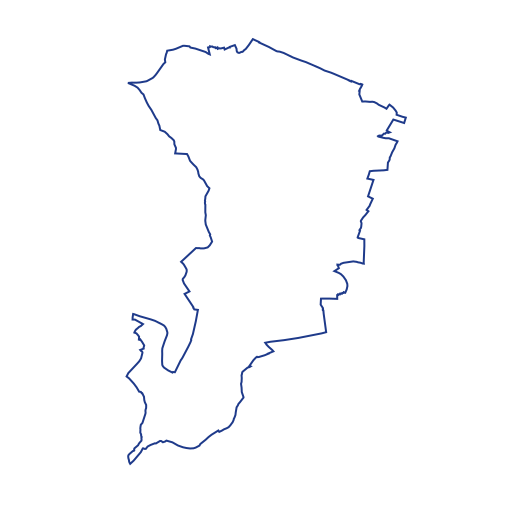 Ludus, Mures, Romania (Equal Earth projection), rotated 4°
{"feature_id": "2599482B95815218754215", "entity_name": "Ludus", "entity_type": "district", "adm_level": 2, "iso_a3": "ROU", "parent_name": "Romania", "parent_adm1": "Mures", "projection": "equal_earth", "projection_center": [24.067, 46.481], "detail": "fine", "context": "isolated", "style": "outline", "palette": "blue", "viewbox_px": 512, "rotation_deg": 4, "n_neighbors": 0, "source": "geoboundaries", "source_scale": "gbopen_adm2", "svg_char_len": 6049}
<svg xmlns="http://www.w3.org/2000/svg" viewBox="0 0 512 512"><g transform="rotate(4 256 256)"><path d="M258.3,366.5L257.1,366.1L260.7,360.1L263.0,357.3L264.0,356.5L264.4,356.8L265.8,356.6L271.6,354.4L275.2,352.6L275.0,352.4L280.0,349.9L278.7,348.6L274.9,345.7L272.8,343.8L271.3,341.9L276.1,340.6L289.8,338.0L303.9,334.8L326.9,328.6L331.3,327.1L327.5,308.7L327.1,306.1L326.7,305.7L326.9,305.5L326.4,304.6L326.6,304.5L326.4,303.3L323.9,300.0L323.8,294.0L331.5,293.4L340.0,293.1L339.7,289.4L340.5,289.3L340.5,288.5L342.2,288.5L342.2,288.1L342.6,288.0L342.7,287.5L344.3,287.7L344.6,286.8L346.0,286.7L346.1,286.0L347.6,286.4L348.8,283.0L349.3,279.6L349.0,277.4L347.4,273.9L344.6,270.4L342.0,268.2L339.8,267.1L335.3,265.6L339.5,262.4L338.4,259.9L337.9,259.6L337.8,258.9L340.1,258.9L340.6,258.7L341.3,257.8L343.8,256.7L353.4,254.6L356.7,254.8L358.3,255.2L360.5,255.4L363.2,256.1L364.1,256.1L363.9,255.3L363.4,238.5L362.9,231.8L356.8,230.9L356.1,230.5L356.1,230.3L358.0,223.6L357.4,223.2L357.4,222.9L358.7,220.7L358.9,219.5L359.0,216.3L358.8,215.4L358.2,214.3L358.2,213.5L360.2,210.0L362.1,207.7L365.0,203.5L363.1,202.3L365.8,198.1L366.3,196.4L368.5,190.7L363.6,188.7L367.9,171.9L361.7,171.0L362.9,166.8L363.6,163.5L367.2,162.8L377.5,161.6L381.1,160.9L381.1,153.6L382.3,151.4L382.6,150.4L382.6,148.3L383.2,147.3L384.6,143.0L386.5,139.0L387.5,135.3L388.7,133.0L389.2,131.7L380.4,129.3L377.2,129.5L374.6,129.2L369.6,128.3L369.3,128.0L369.9,127.5L370.5,127.5L371.0,127.2L371.8,127.6L372.3,127.1L373.1,127.2L375.1,125.0L376.3,125.0L377.3,123.8L378.1,123.7L379.3,124.0L380.8,123.3L379.3,122.7L377.7,121.6L383.5,110.3L394.5,113.0L395.8,107.5L392.4,106.9L386.4,105.3L386.4,103.1L385.2,101.3L382.4,98.3L378.6,95.7L378.1,96.3L375.9,100.0L373.8,98.9L367.9,96.6L365.9,95.3L363.2,94.2L361.3,94.0L359.0,94.3L354.4,94.2L351.2,94.5L347.8,87.6L347.9,84.1L347.4,84.0L348.3,81.5L348.8,80.8L349.3,79.6L349.3,79.2L349.6,79.0L350.1,77.5L349.9,77.4L348.3,77.0L347.9,77.4L347.2,77.4L339.0,74.7L338.8,75.3L337.8,75.0L336.4,74.4L336.5,74.2L320.9,68.8L317.8,67.8L311.4,66.2L307.0,64.3L292.3,59.1L287.6,57.9L279.1,55.4L269.4,51.5L265.4,50.5L262.9,50.4L261.9,50.1L254.3,46.6L244.2,42.8L244.3,42.4L243.6,42.1L237.7,39.9L234.1,46.1L231.4,50.1L229.4,51.9L229.0,52.7L228.0,53.4L227.2,53.4L225.7,54.3L224.9,54.6L223.4,54.2L222.7,53.4L222.4,52.5L222.1,50.6L220.2,47.1L215.3,49.2L215.3,49.8L214.6,49.8L210.3,52.2L209.6,50.4L206.8,51.3L205.5,51.5L204.8,51.3L203.4,52.0L203.3,51.7L203.4,51.0L203.2,50.7L202.9,51.1L202.3,50.9L201.8,51.4L201.2,51.5L200.7,50.6L199.1,50.7L198.6,50.6L198.0,50.1L196.2,50.2L195.6,50.0L195.6,50.5L195.4,50.9L194.7,51.2L194.1,51.1L193.6,51.3L195.8,58.1L194.3,57.6L191.5,56.0L181.0,53.3L176.5,52.7L176.0,52.6L175.0,51.5L170.2,51.3L168.5,51.4L161.6,54.9L158.8,56.0L153.1,57.4L152.7,59.6L152.2,61.0L151.4,66.3L152.0,69.1L150.3,70.9L144.4,80.6L143.0,82.7L141.4,84.7L140.5,85.6L135.2,89.0L134.3,89.4L127.9,91.0L124.1,91.5L120.1,91.7L116.2,92.3L122.9,94.6L126.1,96.3L128.3,98.5L130.4,101.2L132.5,102.7L134.2,106.4L136.4,110.5L138.4,113.7L141.4,117.5L146.4,125.4L148.2,127.5L149.4,130.7L150.5,132.7L151.7,137.0L156.3,138.4L159.2,140.7L161.0,142.7L163.4,144.2L165.9,146.3L166.5,147.5L166.8,150.3L168.6,153.7L168.7,154.9L168.2,159.3L180.1,159.1L181.6,161.4L183.5,165.5L184.3,166.4L187.2,169.1L190.2,171.6L191.6,173.9L192.4,175.9L192.8,177.8L193.9,180.5L195.3,181.9L197.9,183.3L198.9,184.3L202.4,189.7L204.8,191.7L204.2,194.1L201.4,200.0L201.4,202.0L201.2,204.6L201.5,205.3L201.3,206.5L201.6,207.8L201.9,208.3L202.3,214.8L202.4,216.1L203.1,218.8L202.9,223.6L203.0,224.7L203.7,228.1L207.3,235.4L208.8,237.6L208.5,238.7L209.5,240.5L211.2,244.7L209.1,248.6L207.2,250.8L203.7,252.0L200.3,252.3L198.9,252.1L195.5,252.3L181.7,267.0L183.8,268.7L184.7,269.7L186.7,272.6L187.7,274.2L187.9,275.3L187.9,276.6L186.9,280.3L186.0,282.0L184.6,283.9L184.5,285.0L186.1,288.4L192.1,296.0L187.4,298.8L197.1,311.4L197.2,311.6L197.0,312.0L198.2,313.6L201.8,313.8L200.5,325.4L198.5,338.3L197.0,343.7L197.3,344.4L196.6,346.7L194.7,351.4L189.8,362.5L188.6,364.7L188.3,365.0L183.2,377.6L181.2,377.5L180.8,378.1L176.4,376.3L172.0,373.7L170.7,372.3L170.1,371.2L169.6,367.2L169.3,360.3L169.0,357.2L169.0,354.6L170.8,347.5L172.7,341.4L173.0,339.4L172.9,338.3L171.6,334.9L170.4,333.1L169.1,331.8L166.9,330.7L159.7,327.7L155.5,326.6L144.2,324.2L138.6,322.6L137.5,322.4L137.2,325.7L137.3,328.0L139.7,327.9L148.0,331.8L146.0,333.9L144.3,334.9L143.2,336.1L141.3,337.9L140.3,339.9L140.0,340.9L142.1,341.5L144.1,343.5L145.0,344.7L145.0,347.6L146.0,347.8L146.4,347.3L148.4,349.7L150.7,353.0L150.2,355.6L150.4,356.2L147.1,357.8L148.1,358.8L148.9,359.2L149.3,359.7L149.5,360.4L148.5,366.1L147.9,367.3L146.8,369.3L144.7,372.0L136.8,381.7L135.3,385.2L137.9,386.9L143.0,391.8L146.1,395.4L148.9,399.5L150.6,399.6L151.6,400.9L152.1,400.8L154.1,404.3L154.6,407.5L155.3,409.6L156.8,412.2L156.9,413.2L157.0,415.4L156.6,416.8L156.5,418.1L156.8,420.2L156.6,421.5L154.4,430.3L154.2,430.7L152.9,432.3L152.7,434.1L152.6,436.0L152.8,437.0L152.9,440.3L153.8,441.9L154.0,443.6L154.5,444.2L154.6,444.8L154.3,445.4L154.6,446.6L154.6,448.2L152.7,450.7L152.1,451.7L151.6,453.0L148.2,456.3L147.9,457.2L148.1,458.2L148.1,458.5L147.8,458.8L146.7,459.2L143.6,462.3L142.7,463.5L142.5,464.2L142.5,465.1L142.8,466.6L143.5,468.5L143.7,469.6L144.2,470.9L145.0,472.1L148.2,468.7L154.8,459.7L156.5,455.8L156.8,455.7L158.4,456.2L159.5,456.1L161.2,453.6L164.1,451.8L168.2,449.9L169.2,450.0L173.2,447.2L174.4,447.2L176.1,448.3L178.3,447.4L179.5,446.4L185.6,447.7L191.4,450.5L196.5,451.9L200.0,452.4L203.7,452.6L207.0,452.2L209.1,451.4L212.8,449.1L213.6,447.4L218.6,442.8L221.3,439.9L224.1,437.4L230.6,432.7L231.6,434.0L234.1,432.6L236.2,431.1L238.7,429.9L240.6,428.7L242.2,426.7L243.7,424.3L244.1,423.8L244.7,422.3L245.2,420.8L245.2,420.1L245.8,418.7L246.6,416.0L246.7,413.4L247.2,408.3L248.3,406.3L248.8,404.8L250.3,402.8L253.4,398.1L253.4,397.7L251.3,392.7L250.8,388.3L250.0,384.6L250.4,382.6L250.3,378.7L249.9,375.9L250.1,375.5L250.4,372.9L250.8,372.3L255.4,367.9L257.2,367.3L258.3,366.5Z" fill="none" stroke="#1e3a8a" stroke-width="2"/></g></svg>